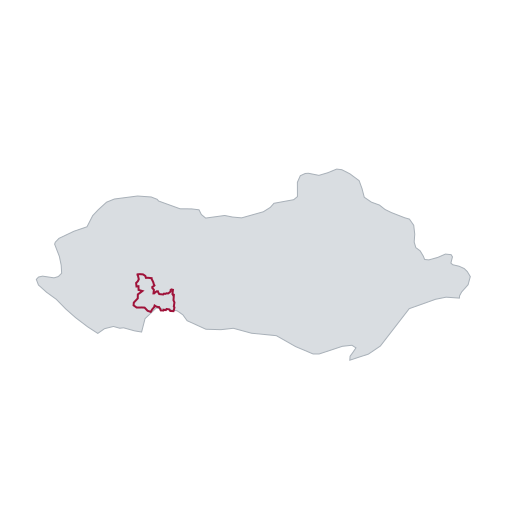 location of Lezhë, Lezhë, Albania, rotated 277°
{"feature_id": "67620474B20431026689517", "entity_name": "Lezhë", "entity_type": "district", "adm_level": 2, "iso_a3": "ALB", "parent_name": "Albania", "parent_adm1": "Lezhë", "projection": "equal_earth", "projection_center": [19.698, 41.807], "detail": "fine", "context": "in_parent", "style": "outline", "palette": "rose", "viewbox_px": 512, "rotation_deg": 277, "n_neighbors": 0, "source": "geoboundaries", "source_scale": "gbopen_adm2", "svg_char_len": 2511}
<svg xmlns="http://www.w3.org/2000/svg" viewBox="0 0 512 512"><g transform="rotate(277 256 256)"><path d="M166.6,151.7L166.9,144.6L168.6,133.3L167.7,129.6L168.7,123.1L165.4,114.5L159.9,108.4L165.2,97.5L172.9,84.3L180.1,73.8L188.7,63.0L194.5,52.5L200.7,43.6L206.0,40.8L208.6,42.7L210.0,46.6L209.7,58.2L211.5,62.3L215.2,65.2L223.0,63.8L231.6,60.9L243.2,54.7L245.2,55.1L249.5,58.3L258.4,72.3L264.4,84.7L276.2,89.0L282.7,93.8L291.2,101.1L295.3,108.5L301.1,131.1L301.8,144.8L300.2,151.0L298.7,152.6L293.6,174.9L294.9,186.3L294.9,193.8L290.5,196.7L287.5,201.4L292.4,220.0L291.8,228.0L292.1,237.1L300.8,257.9L306.0,264.3L310.5,267.4L316.5,286.6L320.0,289.9L334.2,288.1L341.1,290.2L343.9,294.8L344.5,297.9L343.7,308.6L347.3,316.9L352.1,325.5L352.1,330.7L349.0,339.2L343.3,349.2L335.8,353.0L327.5,356.3L323.5,364.0L321.6,372.3L317.9,378.4L315.6,385.1L312.1,398.8L311.3,403.8L305.7,408.8L297.0,410.9L289.1,411.3L283.8,413.6L281.1,418.3L276.2,422.1L273.1,423.8L273.2,428.0L276.8,436.7L281.0,443.8L281.1,449.5L279.1,451.1L272.7,450.3L271.3,452.4L270.6,458.8L268.9,464.2L266.3,467.6L261.7,471.2L253.3,470.0L245.4,464.5L241.3,462.9L239.0,463.0L238.3,449.7L234.9,439.4L222.4,414.5L181.8,390.4L172.3,379.5L168.1,370.4L164.0,361.8L168.0,361.6L171.9,363.8L177.0,366.4L179.1,362.1L176.9,352.7L166.5,330.7L165.7,324.7L170.9,306.4L179.4,285.9L178.8,261.0L181.5,242.3L178.6,230.1L177.2,215.2L183.4,195.5L188.7,190.6L192.0,184.4L192.2,163.3L180.3,153.5L166.6,151.7Z" fill="#d9dde1" stroke="#a8b0b8" stroke-width="1"/><path d="M211.2,141.1L211.7,143.0L208.0,143.6L207.4,147.5L205.8,145.9L203.5,143.4L199.5,143.8L194.9,140.4L192.1,140.5L190.3,143.8L191.0,149.1L191.2,151.7L188.4,155.1L187.9,157.4L187.7,158.3L190.4,159.5L192.8,161.1L194.5,161.4L193.7,163.1L193.4,164.8L193.5,166.0L191.7,167.4L190.4,168.1L190.6,170.7L191.3,170.9L191.3,173.1L192.5,173.7L192.4,176.6L191.0,177.6L191.2,180.8L192.6,181.1L195.1,181.3L195.8,180.6L200.0,180.7L202.0,179.5L207.3,179.2L207.1,178.5L207.9,178.3L208.1,177.7L212.3,177.7L212.5,176.1L211.8,175.4L210.4,175.6L209.6,174.9L208.7,174.0L208.1,173.3L208.1,171.7L207.4,170.8L207.4,169.2L206.5,168.6L206.4,164.6L208.1,163.3L209.0,162.9L208.8,161.7L207.7,160.5L206.5,159.5L206.4,158.8L210.0,158.8L211.7,156.9L212.8,156.9L213.5,158.0L214.4,158.8L215.5,158.0L217.3,157.3L218.9,156.3L220.3,155.3L221.3,155.1L221.2,151.5L220.9,149.4L222.7,148.6L223.4,147.3L224.0,146.0L223.8,142.7L223.2,139.9L222.9,140.9L218.7,142.5L216.6,141.8L214.6,140.3L211.2,141.1Z" fill="none" stroke="#9f1239" stroke-width="2"/></g></svg>